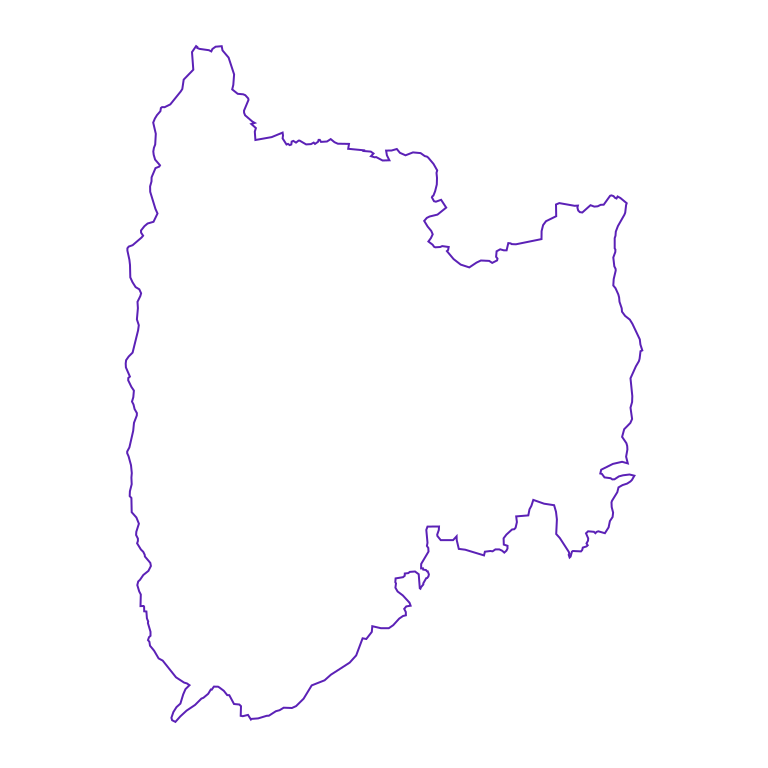 outline of Rebra, Bistrita-Nasaud, Romania
{"feature_id": "2599482B64349342212864", "entity_name": "Rebra", "entity_type": "district", "adm_level": 2, "iso_a3": "ROU", "parent_name": "Romania", "parent_adm1": "Bistrita-Nasaud", "projection": "robinson", "projection_center": [24.525, 47.344], "detail": "fine", "context": "isolated", "style": "outline", "palette": "violet", "viewbox_px": 768, "rotation_deg": 0, "n_neighbors": 0, "source": "geoboundaries", "source_scale": "gbopen_adm2", "svg_char_len": 6091}
<svg xmlns="http://www.w3.org/2000/svg" viewBox="0 0 768 768"><path d="M617.6,196.5L616.5,198.5L615.0,197.8L613.5,196.1L611.4,195.4L610.1,195.8L603.7,204.7L600.7,204.8L597.7,206.3L594.3,206.6L590.5,205.2L582.3,212.5L579.8,212.1L578.2,210.5L577.4,207.6L577.9,205.6L574.6,205.8L559.3,203.1L556.0,204.5L556.2,216.2L546.0,221.2L543.1,225.1L541.6,231.1L541.5,239.1L515.9,244.3L511.6,244.1L510.7,243.4L508.3,243.1L506.6,250.3L503.7,250.3L500.2,249.3L496.6,251.3L496.1,256.8L497.5,258.6L497.1,260.4L492.2,262.9L489.2,260.9L480.9,260.5L476.5,262.6L469.3,267.4L460.7,264.6L453.6,259.1L446.9,251.1L448.1,250.0L448.7,247.0L442.2,246.1L440.2,247.0L435.3,247.3L434.1,246.8L432.6,244.7L428.4,241.5L430.9,238.1L432.7,234.3L431.3,231.0L427.6,226.5L424.2,220.9L426.8,217.9L429.6,216.5L437.5,214.6L446.2,207.6L441.1,199.8L435.9,201.7L434.0,201.2L431.9,197.4L432.3,196.4L433.4,195.6L435.1,191.3L436.8,184.5L437.0,177.9L436.5,172.9L437.2,170.4L433.5,163.9L428.2,157.6L426.9,156.6L424.8,156.1L420.6,153.1L413.0,152.4L405.5,155.3L399.9,152.8L396.8,149.0L391.6,150.5L386.1,150.6L386.9,155.3L389.4,160.3L382.6,160.5L376.2,157.1L374.6,157.3L371.0,156.2L373.5,153.5L370.8,151.6L363.6,151.0L363.9,150.3L348.2,148.8L349.0,143.9L337.8,143.7L334.5,142.2L330.7,139.1L327.0,141.5L321.0,141.9L319.8,139.9L318.6,139.9L318.0,141.8L315.0,143.9L313.7,142.6L311.0,144.1L306.1,144.4L299.6,140.6L298.6,140.6L296.0,142.6L293.3,140.9L291.7,141.6L291.3,144.5L289.7,145.1L288.0,143.9L286.5,144.5L282.6,138.4L283.0,135.5L282.6,132.6L271.7,137.1L255.4,140.0L254.8,131.6L255.9,128.1L251.3,124.0L254.7,122.9L252.4,121.6L245.1,115.3L244.1,112.8L244.0,110.7L248.5,99.9L248.2,98.4L245.3,95.2L243.2,94.3L237.7,93.8L232.2,89.4L233.3,84.9L234.1,74.4L228.6,57.6L222.5,50.4L221.7,46.2L215.6,46.7L212.4,49.0L211.3,51.4L208.9,50.2L199.6,48.9L197.3,48.0L197.4,47.1L196.1,46.1L192.0,52.1L193.3,69.7L183.7,79.6L182.3,89.0L180.7,91.5L170.3,104.4L164.6,107.2L162.1,107.1L160.9,108.0L160.4,111.2L157.0,115.1L154.9,118.5L153.2,122.6L155.8,133.8L155.2,144.5L153.9,147.9L153.3,151.5L153.7,154.8L155.1,159.6L160.0,165.3L159.2,166.6L155.5,168.1L151.6,177.3L151.5,181.4L150.1,186.4L150.2,191.8L155.4,208.8L157.5,213.5L153.5,221.8L147.6,223.5L144.4,226.2L141.0,230.5L141.1,232.7L143.1,235.7L141.6,237.5L132.6,245.2L128.7,246.6L127.4,248.3L127.4,250.6L129.4,259.8L130.0,265.0L130.3,277.4L132.5,282.2L135.6,287.1L139.3,289.3L141.1,293.3L140.3,296.1L137.5,301.8L137.9,308.2L136.9,319.4L138.8,325.2L138.1,330.3L132.6,352.6L128.7,356.5L126.1,360.2L125.7,363.5L125.9,367.4L129.9,376.6L128.3,378.0L128.2,380.3L131.4,386.9L133.9,390.6L133.3,397.2L132.0,401.6L133.5,404.5L134.6,409.1L136.9,413.1L136.8,415.5L134.0,422.8L133.2,430.8L129.4,447.4L127.2,451.5L127.2,453.2L128.6,456.4L131.0,465.2L131.8,473.1L131.4,477.6L131.7,484.2L129.9,491.3L129.7,496.1L131.4,498.0L131.7,512.2L136.4,517.5L138.9,523.7L136.3,531.8L136.1,535.0L137.9,538.6L137.9,541.0L137.1,543.3L140.9,549.5L143.3,551.9L144.7,554.8L144.9,556.5L150.3,562.9L150.9,566.0L148.4,570.9L143.3,575.0L140.0,579.8L138.2,581.5L137.3,585.1L139.2,591.4L140.8,594.5L140.5,606.1L143.6,606.0L144.1,606.8L144.2,611.3L146.4,611.5L146.9,618.3L148.2,621.6L147.9,623.0L150.5,631.8L150.5,635.8L149.0,637.2L148.0,640.1L149.4,641.8L150.0,645.7L154.1,650.7L158.6,658.4L162.7,660.6L176.0,677.3L184.1,682.6L186.9,683.4L189.5,685.2L185.5,689.1L183.2,694.4L180.4,703.6L176.5,707.1L173.4,712.0L171.4,717.8L172.1,720.2L175.4,721.9L180.3,716.4L186.6,710.6L195.1,704.9L201.4,698.6L203.4,697.8L208.2,693.8L210.8,689.5L211.7,689.7L213.9,686.6L218.1,686.7L219.4,687.5L223.8,690.8L227.2,695.1L229.3,695.2L234.0,704.0L239.3,704.5L241.0,706.2L240.7,715.8L242.8,716.2L248.0,714.9L250.9,719.5L251.4,718.9L258.1,718.4L266.7,715.8L268.9,715.7L275.9,711.2L279.6,710.2L283.7,707.7L291.9,708.0L296.1,706.1L303.6,698.7L311.7,685.4L324.6,680.3L330.9,674.7L349.7,662.6L356.2,655.4L362.6,638.3L366.3,639.0L371.8,631.9L372.3,626.2L380.9,628.2L388.8,628.2L393.2,625.2L399.2,618.6L403.0,616.0L405.9,615.3L405.8,612.0L404.2,608.9L406.3,606.4L410.6,605.7L409.5,602.7L402.8,595.4L397.6,591.5L395.4,587.7L396.0,583.4L395.3,582.2L395.6,578.4L403.0,577.2L404.7,575.8L404.8,573.5L408.3,573.1L409.8,571.9L415.0,571.5L418.7,574.2L419.8,588.3L420.4,588.7L421.0,587.2L423.3,584.5L423.3,583.3L426.2,578.2L427.2,578.0L428.4,576.4L428.9,574.4L427.7,571.3L427.0,571.3L425.9,570.0L423.2,569.6L422.9,568.3L421.1,568.4L421.2,563.9L428.5,551.6L428.3,548.0L426.9,545.9L427.5,542.8L426.3,529.9L427.5,526.6L439.0,526.5L438.8,530.0L437.2,534.6L437.4,536.0L440.7,540.1L453.1,540.1L456.6,536.3L456.7,540.0L458.8,548.9L465.2,549.7L484.0,555.4L484.9,551.7L490.3,551.0L492.6,551.3L495.4,549.4L499.3,549.4L502.1,550.7L504.3,552.6L506.4,550.7L507.5,548.5L507.5,545.8L503.8,544.6L503.6,538.3L506.4,534.6L512.0,529.5L514.3,529.2L515.6,527.7L516.9,522.1L516.2,516.4L528.3,515.4L529.5,509.3L531.4,505.8L533.3,499.9L544.1,503.7L554.1,505.2L556.0,511.8L556.9,519.4L556.2,534.0L559.8,538.0L568.8,551.9L569.3,553.7L568.7,554.8L569.6,557.5L570.6,556.6L571.9,551.7L572.9,551.0L581.0,551.4L582.2,550.0L582.8,547.6L586.5,546.4L587.7,545.3L586.5,543.4L588.0,540.7L588.2,538.4L586.0,533.3L588.1,531.3L593.9,531.8L595.4,533.2L596.6,531.9L598.3,531.3L604.9,533.2L608.6,527.4L609.9,521.1L612.6,517.0L613.1,512.6L611.7,507.1L611.5,502.4L612.0,500.8L617.3,492.2L618.5,487.4L622.5,485.1L627.1,483.6L630.4,481.5L631.9,480.0L634.4,475.7L629.5,474.5L623.0,475.3L618.9,476.4L614.5,479.3L612.3,479.4L610.6,478.2L604.5,477.4L601.9,473.9L600.3,473.5L601.2,469.7L612.9,463.9L622.1,461.8L627.8,463.4L626.1,456.7L627.4,449.5L627.2,446.0L626.4,443.2L622.1,436.9L624.2,429.2L630.3,423.0L632.1,419.0L630.5,407.7L632.1,402.0L632.3,396.1L630.5,378.3L635.9,366.3L638.9,361.2L639.6,358.7L640.5,351.2L642.3,350.4L640.4,344.5L639.8,339.4L632.4,323.8L629.8,319.6L625.1,315.9L622.0,311.7L621.7,308.3L619.5,301.8L619.1,297.4L618.3,294.4L615.5,288.2L613.3,285.5L613.7,279.1L615.7,270.6L615.6,268.9L614.3,266.3L613.3,257.5L615.3,252.0L615.4,249.5L614.7,248.4L614.7,238.1L615.5,235.7L615.8,231.6L617.9,226.1L624.4,214.7L625.2,212.7L626.1,205.0L626.7,203.2L620.4,198.0L617.6,196.5Z" fill="none" stroke="#5b21b6" stroke-width="2"/></svg>